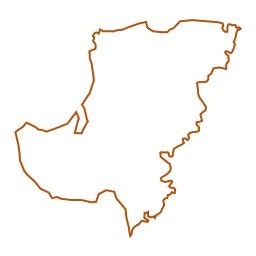 the district of Firestone, Margibi, Liberia
{"feature_id": "62588387B74380915330894", "entity_name": "Firestone", "entity_type": "district", "adm_level": 2, "iso_a3": "LBR", "parent_name": "Liberia", "parent_adm1": "Margibi", "projection": "mercator", "projection_center": [-10.331, 6.374], "detail": "fine", "context": "isolated", "style": "outline", "palette": "amber", "viewbox_px": 256, "rotation_deg": 0, "n_neighbors": 0, "source": "geoboundaries", "source_scale": "gbopen_adm2", "svg_char_len": 4523}
<svg xmlns="http://www.w3.org/2000/svg" viewBox="0 0 256 256"><path d="M15.4,132.1L15.4,132.3L16.0,134.5L17.8,142.3L18.4,145.1L19.6,154.0L19.8,157.5L20.1,160.7L21.2,163.3L21.8,165.0L23.0,167.8L24.1,170.6L26.8,174.3L34.5,181.3L36.0,183.1L40.4,188.7L48.0,192.3L48.9,192.7L50.8,196.0L51.1,196.5L52.1,198.1L57.4,197.0L60.4,198.6L67.3,199.5L70.2,199.9L70.6,199.9L81.9,200.1L91.2,202.3L95.4,202.0L96.0,202.0L96.7,200.0L98.7,194.2L106.1,190.2L114.3,191.8L115.2,194.7L116.5,198.6L122.1,205.1L123.7,207.2L124.8,208.5L125.0,208.7L125.6,209.4L125.7,210.5L125.7,211.0L125.8,211.9L126.2,215.4L126.4,217.4L127.0,220.0L127.6,222.5L128.8,227.3L129.6,233.2L130.1,235.0L130.3,235.9L131.5,234.3L132.1,230.2L134.2,227.1L135.2,226.3L137.6,224.7L138.3,224.8L141.8,220.7L143.8,221.2L145.8,221.7L147.2,222.0L147.5,221.3L148.1,221.4L148.3,220.7L148.3,220.4L148.1,220.2L147.4,219.9L146.8,219.6L145.5,218.6L144.3,217.8L144.5,215.0L144.6,212.9L146.8,212.9L148.1,211.9L148.1,216.3L148.7,216.6L149.0,216.6L149.4,216.9L150.8,217.1L152.0,217.1L152.7,217.1L153.4,216.9L154.0,216.5L154.3,216.2L154.6,216.6L155.0,217.7L156.2,215.3L160.5,212.5L162.9,207.5L164.1,205.0L163.3,200.6L164.6,198.7L167.1,198.1L167.9,195.4L168.0,194.9L169.4,194.8L170.7,193.8L170.9,193.5L172.0,192.1L172.5,192.4L173.5,193.0L174.8,192.9L175.0,192.0L175.2,191.3L174.9,189.0L173.4,187.8L170.4,187.7L169.5,186.9L169.2,185.8L170.5,184.4L171.7,182.8L172.1,182.3L171.7,180.9L171.0,180.8L170.1,180.7L167.9,181.4L167.3,181.4L165.6,182.0L163.8,181.5L161.8,180.9L160.8,179.2L160.8,178.2L162.0,177.1L162.8,176.7L163.9,176.1L167.2,174.1L168.8,172.3L169.6,171.8L170.8,168.6L170.3,165.7L169.5,163.6L168.0,162.8L167.7,162.6L165.9,161.0L164.1,159.7L160.6,156.6L160.5,155.0L160.4,154.1L160.3,152.8L161.1,152.2L162.4,152.4L163.5,152.4L163.9,152.4L165.3,152.5L165.8,152.5L167.7,152.3L168.8,153.2L168.8,155.6L170.5,156.6L170.9,156.8L171.4,156.6L172.2,156.5L172.7,155.8L173.2,151.2L173.7,150.2L173.7,149.7L174.2,148.6L178.3,146.2L181.4,144.8L182.9,143.7L184.0,142.9L183.2,141.6L183.0,140.9L182.8,140.0L183.1,138.7L183.4,138.6L184.2,138.3L185.8,138.6L186.8,139.7L187.7,140.1L189.1,138.0L188.1,134.9L188.7,134.2L189.6,133.1L193.3,132.0L194.2,132.0L196.3,131.9L198.8,130.9L199.1,127.5L198.5,126.7L198.3,126.5L196.5,124.3L196.5,122.3L199.0,121.9L202.0,120.8L200.7,115.7L200.4,114.5L202.9,112.1L205.6,110.3L206.0,107.1L203.9,103.8L203.0,102.4L199.9,98.2L198.3,94.4L198.0,90.0L197.0,83.0L198.4,82.2L202.2,82.1L206.5,81.7L208.1,79.7L208.3,79.4L208.3,75.9L211.3,73.6L213.5,68.4L214.5,68.2L217.1,67.8L217.7,67.7L219.0,67.5L223.3,68.3L226.1,69.0L226.3,67.9L226.1,65.2L226.3,64.7L226.4,64.2L226.8,63.0L227.5,62.8L228.7,61.1L228.4,56.1L225.4,53.2L225.3,51.6L227.1,51.3L227.6,51.8L228.2,51.8L229.9,53.0L230.8,53.0L232.0,52.1L232.7,50.7L234.2,47.3L234.8,44.6L234.9,44.3L234.4,43.3L233.7,41.7L234.6,40.1L234.6,39.8L235.5,37.6L235.8,36.2L236.3,33.7L236.3,33.4L237.3,30.3L239.4,29.6L239.7,29.4L240.6,28.9L240.0,28.0L238.8,27.3L238.4,27.5L237.4,28.0L235.8,27.0L235.8,26.2L235.7,25.3L234.8,24.8L234.6,24.8L234.4,24.9L232.5,25.4L231.4,24.7L230.8,24.7L229.2,24.2L228.2,24.6L227.5,27.1L227.4,28.4L227.4,29.5L227.4,31.0L227.2,31.9L226.0,31.8L225.5,31.6L225.2,31.8L224.3,31.2L223.8,30.9L223.7,30.5L223.1,29.7L222.2,27.8L223.0,26.8L223.0,26.4L223.3,25.6L222.7,23.4L217.7,22.2L211.8,21.7L202.7,21.0L191.9,20.1L189.4,20.4L180.0,21.3L178.6,22.8L177.1,24.4L173.3,28.3L170.0,29.4L167.4,32.1L161.4,32.2L156.3,31.6L153.5,31.4L149.8,29.3L149.0,28.9L147.1,27.0L146.1,22.0L142.1,22.8L138.9,23.5L127.5,27.6L122.4,29.7L120.7,29.9L116.9,30.3L113.7,31.4L108.8,31.2L103.3,31.3L99.9,29.5L99.9,29.9L99.1,32.6L99.0,32.8L98.6,33.6L98.1,33.0L96.6,32.5L96.3,32.6L95.2,32.8L94.9,33.0L94.1,33.8L93.2,35.4L93.0,36.0L92.9,36.2L93.3,36.5L93.5,36.6L94.0,37.1L94.0,37.6L94.1,38.0L94.1,38.5L93.6,39.7L93.0,41.0L94.0,42.1L94.4,42.7L95.4,44.1L95.6,45.3L95.7,46.3L95.5,47.7L95.4,48.8L94.4,49.2L90.5,50.8L89.4,51.3L89.4,52.0L89.5,53.8L89.8,54.5L89.7,57.2L89.7,57.8L91.2,62.5L91.8,64.3L92.9,72.6L93.9,80.3L89.9,92.8L88.6,94.7L87.1,96.9L83.1,103.0L81.9,104.6L82.5,105.4L82.9,106.0L84.5,108.8L84.9,110.8L85.5,113.1L86.2,116.3L87.1,120.0L87.4,120.6L87.5,120.9L87.9,121.6L87.4,121.8L83.0,130.1L81.7,133.3L78.3,133.2L74.8,133.0L78.5,118.8L78.9,118.7L76.2,112.1L75.8,112.6L67.6,123.5L66.5,124.0L54.1,129.0L46.4,131.6L46.2,131.7L45.6,131.4L45.3,131.1L41.6,129.9L39.2,129.6L38.6,129.6L37.9,129.2L36.1,127.6L35.8,127.3L30.5,124.6L28.0,123.3L26.3,122.8L22.8,126.9L22.7,127.0L19.9,128.8L19.3,129.2L16.7,131.1L15.4,132.1Z" fill="none" stroke="#b45309" stroke-width="2"/></svg>